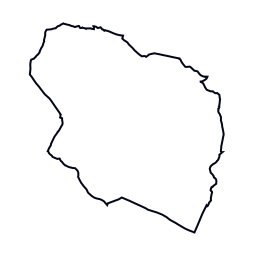 Satu Mare, Harghita, Romania (Natural Earth projection), rotated 87°
{"feature_id": "2599482B48520966661881", "entity_name": "Satu Mare", "entity_type": "district", "adm_level": 2, "iso_a3": "ROU", "parent_name": "Romania", "parent_adm1": "Harghita", "projection": "natural_earth1", "projection_center": [25.408, 46.349], "detail": "fine", "context": "isolated", "style": "outline", "palette": "ink", "viewbox_px": 256, "rotation_deg": 87, "n_neighbors": 0, "source": "geoboundaries", "source_scale": "gbopen_adm2", "svg_char_len": 5425}
<svg xmlns="http://www.w3.org/2000/svg" viewBox="0 0 256 256"><g transform="rotate(87 128 128)"><path d="M196.2,164.3L196.6,163.4L197.7,159.5L198.8,157.5L200.0,155.8L203.9,152.8L202.2,152.1L199.4,143.2L198.8,141.1L197.1,137.9L200.6,130.7L203.1,125.9L203.6,125.0L205.1,122.1L206.9,118.6L209.3,114.2L210.7,112.2L211.7,109.5L212.9,106.3L213.0,105.8L214.0,103.3L215.7,99.6L216.4,98.2L219.0,94.2L222.0,90.8L224.7,86.4L225.3,85.4L226.3,84.0L229.2,79.7L231.1,76.8L233.0,73.3L235.8,67.1L229.6,64.0L218.1,58.5L216.6,57.7L213.2,55.8L209.3,53.6L210.3,53.0L210.1,52.6L209.3,52.1L208.5,51.6L206.9,51.0L206.0,50.2L204.7,48.9L202.8,49.0L199.7,48.3L197.4,47.7L196.8,47.4L196.2,47.5L195.8,47.6L195.5,47.9L195.3,48.2L195.0,48.5L194.7,48.7L194.5,48.8L193.9,48.6L193.1,48.3L192.8,48.4L192.5,48.3L192.2,48.0L191.5,47.6L191.3,47.4L191.5,47.0L191.4,46.8L190.7,46.1L190.1,45.7L189.9,45.2L189.3,44.2L188.8,43.7L188.4,42.9L187.3,42.7L185.3,42.5L183.6,42.9L183.1,43.5L182.4,43.9L182.0,44.7L181.2,44.9L180.7,44.9L180.1,45.3L179.6,45.5L178.4,46.4L177.4,47.4L176.5,47.9L175.9,47.9L175.1,48.1L174.2,48.3L173.0,48.5L172.4,48.3L170.8,47.6L169.9,46.7L169.5,46.3L169.1,45.5L168.4,44.8L168.1,43.8L167.4,42.7L166.4,41.4L165.5,40.8L165.3,40.4L164.4,39.6L163.9,39.4L163.6,39.1L162.8,38.9L162.4,38.7L161.7,38.3L160.3,38.1L159.6,38.2L159.4,38.1L159.1,37.5L158.4,36.8L158.1,36.3L157.5,35.6L157.0,34.9L156.9,35.8L156.1,36.5L155.0,36.3L154.3,36.2L153.8,36.1L151.1,35.8L149.3,35.3L146.5,34.6L143.0,33.7L139.5,32.8L136.9,33.0L136.5,33.1L136.1,33.1L132.3,33.7L132.0,33.8L131.6,33.8L131.0,33.9L130.4,33.9L129.9,33.9L129.1,34.0L128.6,34.1L128.1,34.2L127.7,34.2L127.4,34.3L126.6,34.5L125.9,34.7L125.2,34.8L121.9,34.6L120.9,35.0L119.0,35.6L118.2,36.1L117.5,36.6L117.2,36.7L116.1,37.0L115.5,36.9L114.8,36.8L114.3,36.9L113.8,36.9L113.7,36.6L113.3,36.6L113.1,36.3L112.8,36.2L112.5,35.9L112.2,35.8L112.0,35.7L111.5,35.9L111.1,36.1L110.8,35.7L110.4,35.7L109.9,35.5L109.2,35.5L109.0,35.4L105.3,34.8L104.0,34.5L103.6,34.7L102.9,34.8L99.7,35.0L97.7,37.2L97.9,38.1L97.8,39.0L96.9,40.2L96.1,41.3L95.8,41.4L95.7,43.6L95.2,44.7L94.3,46.7L94.0,47.2L93.6,47.6L91.4,48.9L90.4,49.3L88.9,49.9L87.8,50.4L87.0,51.0L86.0,52.4L85.8,53.0L85.4,53.0L85.4,52.8L85.5,52.0L85.2,51.3L85.0,50.8L84.7,50.1L84.4,49.4L83.4,47.8L82.8,47.0L81.1,46.1L80.9,46.0L80.7,48.1L81.0,48.3L80.3,50.4L79.8,51.4L79.2,52.5L79.0,52.8L77.8,53.8L75.1,55.6L74.2,58.8L70.7,62.1L69.9,63.2L69.9,63.3L70.0,64.5L70.1,66.1L70.0,67.1L69.9,67.5L69.5,67.9L67.3,69.5L65.8,70.5L65.1,70.9L64.7,71.2L64.2,71.4L63.6,71.6L62.9,71.8L62.4,72.1L62.1,72.4L61.9,72.7L61.7,73.2L61.2,73.1L60.7,75.2L60.3,76.8L59.7,79.0L59.3,80.6L59.0,81.8L58.6,83.0L58.2,84.6L57.7,86.5L57.2,88.4L56.8,90.0L56.1,92.4L55.4,95.3L55.0,96.8L54.8,98.0L55.1,99.8L55.2,100.5L55.5,102.0L55.7,103.1L56.9,104.6L57.7,105.9L57.9,106.2L57.4,106.7L57.0,107.8L57.1,110.2L57.0,110.7L56.3,111.4L55.8,112.2L54.7,113.4L50.8,117.4L48.4,119.2L44.5,122.9L42.6,124.0L41.2,125.8L40.1,127.4L38.4,129.0L36.8,128.5L35.5,128.1L34.9,131.4L34.2,133.7L33.8,135.1L33.3,136.0L32.8,137.3L32.2,138.5L31.6,139.7L30.9,141.1L30.4,142.2L30.1,142.9L29.6,144.6L29.2,145.6L29.1,146.1L29.6,146.5L29.3,147.0L28.5,147.5L28.3,148.0L28.1,148.7L27.3,149.1L26.0,150.1L26.4,151.7L26.6,152.8L26.4,153.2L25.9,153.8L25.3,154.5L25.1,154.8L24.6,156.7L24.6,156.8L24.6,157.2L26.0,156.7L26.6,156.8L27.5,156.9L27.0,159.3L26.6,159.8L26.4,163.0L26.4,163.8L26.5,164.2L26.6,164.5L26.8,164.7L26.2,165.5L26.1,166.1L25.8,167.2L25.6,168.1L25.3,168.3L25.5,168.8L25.7,169.6L25.6,170.3L25.4,170.8L24.9,171.0L24.3,171.2L23.6,171.6L23.5,172.2L23.8,173.0L24.0,174.5L24.3,175.1L24.4,175.8L23.9,176.8L23.5,177.5L23.4,178.5L22.9,179.6L22.0,181.5L21.9,182.4L21.7,182.8L21.2,184.5L21.0,185.0L20.7,186.1L20.6,186.5L20.2,187.0L21.1,189.2L22.2,190.9L22.4,191.3L22.5,191.9L22.5,192.4L23.2,193.4L24.2,194.7L24.6,194.9L24.6,195.5L25.0,198.0L25.4,199.1L25.6,204.1L26.2,204.5L26.4,204.7L28.1,205.6L29.3,205.8L31.1,205.8L32.6,206.3L34.7,206.9L36.1,207.4L37.0,207.1L38.7,208.0L39.3,208.2L40.4,208.5L41.1,208.9L42.2,209.4L43.1,210.1L45.9,211.7L47.7,212.4L48.1,212.5L48.6,213.0L49.2,213.5L49.9,214.1L50.9,215.5L51.9,216.3L52.3,216.6L52.9,217.5L53.7,218.1L54.7,221.0L55.3,221.5L56.2,221.6L56.5,221.7L58.3,222.1L60.4,222.3L63.6,222.3L69.5,223.2L71.7,221.6L76.9,218.5L78.9,217.2L81.7,215.0L89.6,209.6L90.8,208.5L94.5,204.8L96.5,203.4L99.5,201.6L104.7,198.4L106.9,197.0L107.0,197.0L107.4,196.7L110.7,194.7L110.9,194.6L111.1,194.9L112.4,194.7L114.0,195.3L114.1,195.2L114.8,193.3L116.6,193.4L117.6,193.2L118.9,193.1L120.1,193.1L120.6,193.2L121.2,193.4L123.1,194.7L126.4,196.7L128.2,198.2L128.2,198.3L128.3,198.3L129.6,199.3L132.7,201.8L136.3,203.8L140.0,205.8L140.8,205.8L142.4,206.7L143.7,207.7L145.1,208.5L145.7,208.6L146.0,208.7L147.0,209.4L147.5,208.8L149.3,208.0L150.3,207.1L150.7,206.7L151.3,205.9L151.8,205.4L152.6,205.1L153.1,204.5L155.2,200.1L154.9,198.4L154.9,197.9L155.1,197.8L155.8,197.6L157.5,196.7L158.3,195.7L160.3,194.4L162.2,192.5L162.4,191.6L163.1,190.7L163.6,189.6L164.1,188.5L164.4,187.4L164.5,186.9L164.8,186.2L165.1,185.1L165.2,184.0L165.3,183.6L165.4,182.9L166.2,182.2L167.0,181.4L168.5,180.4L168.9,180.3L169.8,180.0L171.7,180.0L172.9,180.1L173.9,180.4L174.8,180.1L177.2,179.1L180.2,177.7L183.6,175.4L186.7,173.0L186.9,172.8L187.3,172.6L188.2,172.2L189.5,171.7L190.5,171.2L190.9,170.9L192.4,169.3L193.4,168.4L193.8,168.0L194.0,167.7L195.4,165.9L195.6,165.5L196.2,164.5L196.2,164.3Z" fill="none" stroke="#020617" stroke-width="2"/></g></svg>